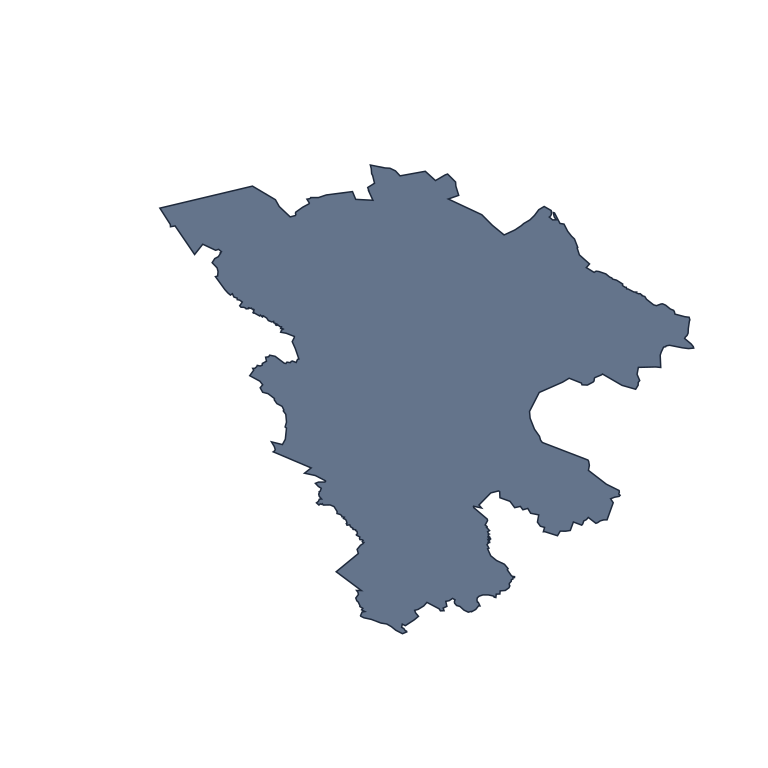 the district of Ēdoles pag., Kuldigas, Latvia, rotated 22°
{"feature_id": "27541924B33220352308634", "entity_name": "Ēdoles pag.", "entity_type": "district", "adm_level": 2, "iso_a3": "LVA", "parent_name": "Latvia", "parent_adm1": "Kuldigas", "projection": "natural_earth1", "projection_center": [21.68, 57.04], "detail": "fine", "context": "isolated", "style": "filled", "palette": "slate", "viewbox_px": 768, "rotation_deg": 22, "n_neighbors": 0, "source": "geoboundaries", "source_scale": "gbopen_adm2", "svg_char_len": 6158}
<svg xmlns="http://www.w3.org/2000/svg" viewBox="0 0 768 768"><g transform="rotate(22 384 384)"><path d="M449.4,608.0L453.0,608.3L460.4,607.0L470.7,606.8L476.4,605.5L481.6,606.2L487.2,607.9L494.7,608.6L498.0,605.3L497.5,604.7L496.0,604.7L494.0,603.3L491.5,603.0L490.9,599.8L494.3,600.1L500.5,591.2L503.0,586.5L499.1,584.4L497.2,582.4L500.1,580.2L504.0,574.9L505.6,570.4L519.3,571.8L521.3,573.2L524.6,571.7L522.8,569.6L525.6,566.6L522.7,562.4L525.6,560.5L527.9,557.1L530.7,557.5L530.8,559.5L531.6,560.8L534.3,562.2L537.7,561.8L542.8,563.7L547.6,564.0L550.0,562.2L550.5,562.4L553.5,558.7L554.8,554.3L556.1,553.8L553.2,551.1L552.4,551.3L551.1,549.5L550.6,547.4L551.6,545.2L554.7,542.5L559.6,540.5L564.2,539.7L565.7,539.8L566.0,540.4L567.7,540.1L566.8,536.8L570.1,535.3L569.2,532.3L573.8,530.0L576.2,526.2L576.3,524.0L575.4,523.3L574.9,521.9L575.9,519.3L575.4,517.7L576.6,516.6L576.1,515.4L577.5,514.6L577.2,513.7L575.3,514.2L573.9,514.0L567.9,510.1L568.2,508.7L563.2,506.0L554.5,505.5L547.3,503.3L541.8,498.0L542.8,496.9L539.7,494.4L540.1,492.8L540.8,491.9L539.8,491.9L539.8,491.5L541.0,491.2L539.3,489.9L540.0,489.7L539.0,489.2L540.3,488.8L540.8,487.9L539.1,487.8L539.2,487.1L540.1,487.1L539.2,486.2L538.1,487.2L537.6,486.8L537.8,485.4L537.1,484.5L537.8,483.7L536.9,483.6L535.4,482.1L536.8,480.4L532.8,478.5L533.2,477.9L533.0,477.6L530.6,476.8L531.2,471.9L530.4,470.6L513.5,465.0L513.0,464.0L512.2,463.9L520.9,462.4L517.4,460.6L523.8,445.0L530.3,440.2L531.6,440.5L534.1,446.0L544.8,445.6L551.5,449.7L556.3,446.4L559.9,448.6L563.9,445.5L568.4,448.9L576.5,447.4L578.0,454.6L582.3,457.3L586.6,456.8L587.1,461.3L588.4,460.7L601.7,459.7L602.5,454.4L607.6,452.4L611.6,450.0L611.3,441.0L620.2,440.8L620.7,439.2L620.5,436.2L622.5,433.9L623.4,431.2L632.6,433.8L634.0,432.6L635.8,429.9L638.6,427.7L641.7,426.4L641.0,408.2L637.1,405.5L640.2,402.6L644.1,400.1L644.6,398.7L642.8,398.0L642.8,396.3L641.9,394.7L627.7,393.6L605.9,387.5L604.9,382.5L602.7,379.0L601.6,378.1L552.7,378.9L550.2,377.4L547.8,374.3L540.4,369.5L532.3,361.0L529.2,354.9L531.1,333.7L548.9,315.4L553.5,309.3L566.7,309.2L567.9,310.6L573.0,308.8L577.2,303.8L577.6,302.5L576.9,299.8L577.2,299.0L582.3,294.0L582.8,292.9L605.2,296.1L619.3,294.6L620.1,289.9L619.1,287.3L619.8,285.0L615.0,280.2L613.6,273.3L629.6,266.4L634.4,265.0L629.3,253.8L629.1,250.4L629.4,245.1L631.2,243.9L631.4,242.9L634.3,241.1L647.0,238.7L653.1,237.1L657.7,234.7L656.8,233.5L653.8,231.8L645.7,229.2L645.8,227.7L646.8,225.4L646.9,222.9L645.4,218.6L643.6,211.3L643.6,210.0L641.9,207.8L637.8,208.9L627.6,210.2L626.1,208.1L624.9,207.2L621.4,207.2L615.6,205.4L612.3,205.3L610.9,206.0L607.3,209.3L604.3,209.6L595.6,207.1L593.1,205.2L590.1,205.4L590.0,205.0L587.7,204.3L586.0,205.0L583.6,204.9L583.7,204.2L581.2,205.1L574.7,204.5L573.3,204.9L572.5,203.6L571.3,204.0L568.8,203.5L568.1,203.1L567.9,201.9L560.7,200.6L556.7,201.1L555.4,200.3L553.1,200.3L548.5,198.8L541.1,199.2L538.4,199.9L537.0,201.8L528.0,200.3L529.6,195.7L516.8,191.1L512.1,185.5L512.5,184.8L506.3,178.2L502.5,176.7L497.1,173.6L491.0,168.3L487.0,169.2L478.0,161.5L476.7,161.6L479.2,165.3L482.2,167.2L478.9,168.7L474.7,167.3L475.6,165.6L475.6,163.6L474.0,160.5L466.0,159.4L462.2,164.4L460.4,171.3L457.8,177.2L453.4,182.9L451.9,185.9L447.5,192.3L439.5,200.8L425.1,196.3L411.3,190.4L374.3,188.4L382.6,181.1L376.5,173.6L374.7,169.9L364.3,165.5L362.4,167.2L355.5,176.1L342.6,171.3L320.9,185.0L314.8,182.1L308.7,181.7L304.0,183.3L289.3,186.1L291.5,189.1L293.8,193.7L295.4,195.0L300.0,201.4L295.3,207.9L297.6,210.6L297.4,210.7L304.9,217.8L288.6,223.4L282.7,217.4L259.7,230.3L253.4,235.7L246.2,238.6L246.3,239.1L245.5,240.1L243.3,241.5L247.0,244.2L246.9,245.1L242.4,250.5L237.8,257.7L237.9,258.8L238.8,259.9L238.7,261.0L234.4,264.2L220.4,258.7L214.3,253.8L187.9,249.8L110.3,304.9L126.1,316.1L127.1,318.2L131.1,315.7L159.9,334.9L163.6,322.3L177.8,323.1L180.2,321.1L183.7,322.2L183.0,323.8L183.5,323.9L182.7,328.0L180.1,331.1L179.2,335.9L185.8,338.9L188.0,341.9L189.3,346.2L187.5,347.6L201.1,356.1L205.2,358.1L208.3,359.1L209.6,357.1L212.3,359.6L215.7,359.4L216.3,360.8L218.7,360.3L221.9,361.1L220.9,365.5L222.7,366.4L225.3,365.4L227.3,365.5L228.0,366.0L230.0,365.0L229.7,364.3L230.1,363.8L231.5,364.1L232.6,363.3L233.7,364.0L235.2,363.6L235.6,363.7L235.8,364.6L235.5,364.9L236.2,365.9L235.7,366.7L236.3,367.2L237.4,366.8L243.3,367.5L243.6,366.4L246.2,367.5L246.4,367.2L246.0,366.3L246.4,366.0L250.5,366.8L253.0,368.5L256.8,368.5L258.2,367.3L258.9,368.5L261.9,368.6L261.2,369.6L261.6,369.9L262.8,369.8L263.5,369.0L266.2,369.8L267.4,369.4L267.4,371.2L268.6,370.6L270.0,370.8L268.8,372.4L268.8,374.7L274.3,373.6L283.1,373.5L283.4,374.7L283.0,379.1L288.5,384.4L295.7,392.7L294.6,393.6L294.5,397.0L290.5,397.0L289.6,397.7L289.1,399.3L285.8,400.1L285.4,401.7L283.8,402.1L272.7,399.1L267.2,400.1L266.8,402.0L264.2,403.5L266.5,406.9L263.5,410.5L264.0,412.2L262.5,413.7L259.5,414.2L259.5,415.6L258.3,417.9L256.4,418.7L258.0,420.0L256.4,426.6L267.9,427.9L271.8,430.2L270.6,433.9L274.6,437.1L280.1,436.4L287.8,438.5L288.2,439.8L292.0,442.3L297.9,442.9L300.9,445.6L300.7,446.7L304.3,448.9L307.9,455.9L308.4,460.9L310.1,461.4L313.2,472.2L312.5,478.2L301.3,479.8L305.7,483.1L307.7,485.5L307.6,487.0L306.7,488.4L347.9,489.1L343.7,496.5L354.6,494.6L366.0,495.7L366.3,496.4L365.8,497.1L360.0,499.5L357.6,501.8L361.5,503.6L364.9,504.2L365.0,507.4L364.2,508.1L364.8,509.4L364.7,510.5L366.0,512.4L369.2,514.0L367.2,515.0L367.1,517.5L365.9,519.5L369.0,520.6L369.9,519.0L371.1,519.0L371.6,518.1L373.0,519.0L379.4,516.3L383.6,516.4L388.3,519.8L388.9,521.7L392.5,521.4L394.0,521.9L394.8,522.9L397.1,522.4L396.8,523.9L399.1,524.0L400.3,524.9L401.8,526.8L401.3,527.5L402.6,528.8L405.0,527.4L406.4,528.9L409.2,529.4L409.1,529.8L409.8,530.4L412.3,529.8L412.7,530.5L414.2,530.8L415.5,532.9L414.8,534.0L415.1,534.5L418.9,534.9L419.2,536.5L420.0,537.3L422.0,536.6L423.2,536.8L422.8,538.2L423.7,538.8L424.7,538.5L424.4,539.8L422.6,542.3L421.0,547.4L423.7,550.8L410.0,576.0L440.4,584.0L435.9,585.7L437.9,586.9L439.1,588.8L438.0,593.0L440.0,595.2L441.8,595.8L445.0,598.8L445.0,599.4L448.4,599.9L447.8,601.8L451.4,602.2L449.1,603.6L449.0,607.6L449.4,608.0Z" fill="#64748b" stroke="#1e293b" stroke-width="1.5"/></g></svg>